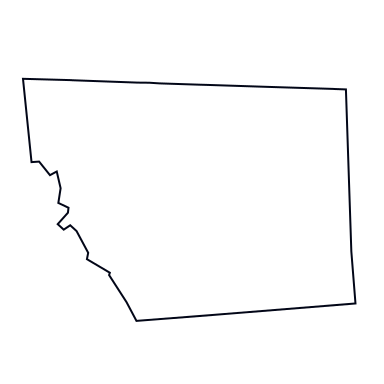 outline of Pickens, Alabama, United States of America, rotated 86°
{"feature_id": "52423323B32953857630822", "entity_name": "Pickens", "entity_type": "district", "adm_level": 2, "iso_a3": "USA", "parent_name": "United States of America", "parent_adm1": "Alabama", "projection": "orthographic", "projection_center": [-88.115, 33.263], "detail": "fine", "context": "isolated", "style": "outline", "palette": "ink", "viewbox_px": 384, "rotation_deg": 86, "n_neighbors": 0, "source": "geoboundaries", "source_scale": "gbopen_adm2", "svg_char_len": 556}
<svg xmlns="http://www.w3.org/2000/svg" viewBox="0 0 384 384"><g transform="rotate(86 192 192)"><path d="M262.4,37.2L100.4,31.3L99.3,41.7L99.0,44.1L92.2,111.2L86.3,168.6L85.5,176.8L81.4,216.7L80.0,227.1L79.1,238.5L72.1,304.2L72.0,304.5L67.3,352.7L151.0,350.0L151.0,342.4L165.3,332.5L162.1,325.5L179.1,322.8L193.6,326.1L199.1,316.3L204.0,317.2L214.7,328.2L220.6,322.6L216.7,315.8L222.9,309.9L245.4,299.8L251.7,301.5L266.8,279.6L269.1,280.5L297.3,265.0L316.7,256.4L316.1,179.1L314.6,36.7L262.4,37.2Z" fill="none" stroke="#020617" stroke-width="2"/></g></svg>